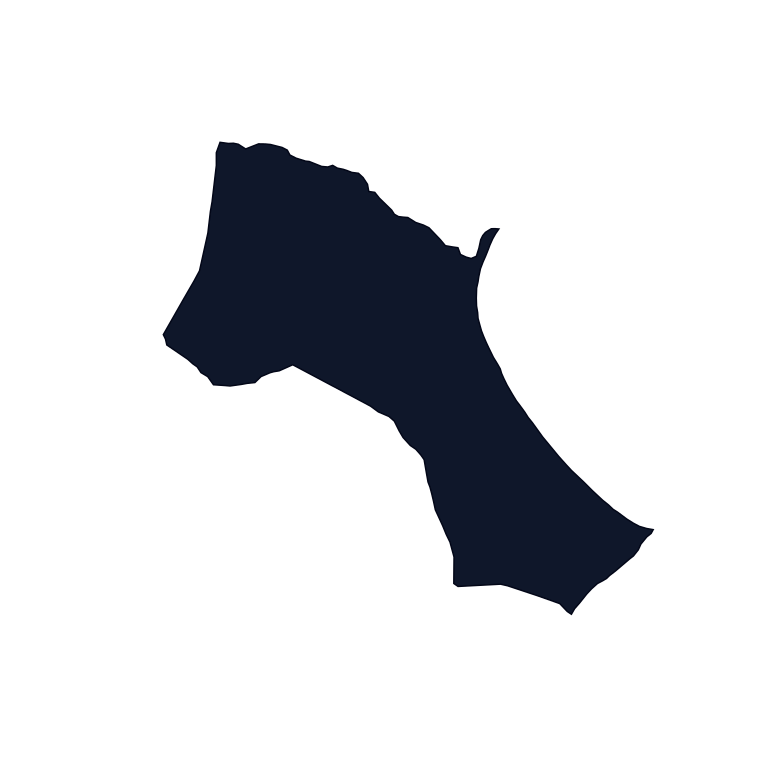 the district of Arambaré, Rio Grande do Sul, Brazil, rotated 334°
{"feature_id": "56859067B55263390770545", "entity_name": "Arambaré", "entity_type": "district", "adm_level": 2, "iso_a3": "BRA", "parent_name": "Brazil", "parent_adm1": "Rio Grande do Sul", "projection": "equal_earth", "projection_center": [-51.555, -30.929], "detail": "fine", "context": "isolated", "style": "filled", "palette": "ink", "viewbox_px": 768, "rotation_deg": 334, "n_neighbors": 0, "source": "geoboundaries", "source_scale": "gbopen_adm2", "svg_char_len": 2269}
<svg xmlns="http://www.w3.org/2000/svg" viewBox="0 0 768 768"><g transform="rotate(334 384 384)"><path d="M555.2,295.0L551.8,293.0L548.5,291.5L545.0,291.8L541.6,292.2L537.8,293.9L534.2,296.7L528.8,303.6L523.0,309.7L517.4,309.4L513.5,306.0L509.5,301.1L510.2,293.9L505.6,290.8L499.8,286.6L497.9,279.0L492.9,263.3L489.1,258.4L483.3,252.7L478.4,244.8L474.3,242.4L470.4,239.9L467.7,236.0L467.1,231.1L461.3,214.9L459.7,207.7L454.7,204.3L456.7,197.3L455.7,189.3L453.4,183.4L447.8,179.7L444.2,175.8L441.4,173.1L436.7,169.5L433.7,165.0L428.6,164.3L423.3,161.1L417.3,154.5L414.3,151.2L411.2,149.3L403.9,142.4L399.8,136.9L399.6,131.4L396.1,126.7L387.0,119.0L382.4,116.2L376.5,113.2L362.7,112.1L358.1,104.6L354.2,101.6L349.6,99.6L342.6,94.9L334.7,102.6L329.1,114.1L309.4,144.8L303.7,152.7L291.9,171.1L267.8,201.4L258.2,208.3L240.4,220.3L235.3,223.8L207.3,242.9L207.3,247.8L205.9,253.7L213.9,267.7L218.5,275.8L221.0,282.0L223.6,286.7L224.5,293.5L228.8,300.1L230.4,309.9L240.3,315.6L244.8,318.3L255.5,321.8L261.2,323.4L268.6,326.1L276.8,323.4L282.0,323.7L286.4,323.9L290.3,324.6L295.6,326.2L310.4,326.7L312.9,330.1L345.6,375.1L362.2,398.0L366.7,406.6L374.2,415.3L377.0,421.9L377.1,432.9L377.7,440.5L380.7,450.8L384.0,456.6L386.0,463.9L386.9,469.6L383.2,482.3L380.6,491.4L380.1,497.0L378.8,503.6L377.2,510.7L375.0,519.6L374.8,528.7L374.6,537.3L374.0,546.6L374.0,555.1L371.1,570.2L359.3,593.9L361.8,598.4L401.0,615.0L406.6,619.5L428.9,641.3L445.7,658.4L449.0,668.8L451.5,673.1L456.8,669.5L463.7,666.6L474.2,661.6L480.7,659.1L488.4,656.9L494.5,656.7L498.9,656.3L502.8,655.0L510.1,653.5L528.0,648.9L532.8,647.9L539.9,644.5L544.7,640.5L553.2,636.6L558.6,635.4L562.1,632.9L556.7,629.0L551.1,623.9L547.1,618.4L543.0,611.8L537.7,601.5L535.0,597.1L532.8,591.2L529.6,584.4L524.5,571.1L520.7,560.1L514.6,543.9L512.3,536.3L509.3,525.7L503.4,501.2L500.4,483.8L498.9,477.3L498.2,471.0L496.8,463.2L495.6,457.2L494.9,449.9L494.1,439.1L494.1,431.7L494.3,426.1L495.1,421.4L494.8,416.2L494.0,408.0L494.0,397.1L494.1,391.4L494.4,385.1L494.9,379.0L496.0,372.9L497.3,366.2L499.5,360.8L501.4,354.4L504.6,347.3L509.3,338.4L513.2,333.5L516.3,329.0L521.2,322.7L526.4,317.8L531.6,313.4L537.0,308.5L539.9,305.7L545.4,301.1L550.2,297.8L555.2,295.0Z" fill="#0f172a" stroke="#020617" stroke-width="1.5"/></g></svg>